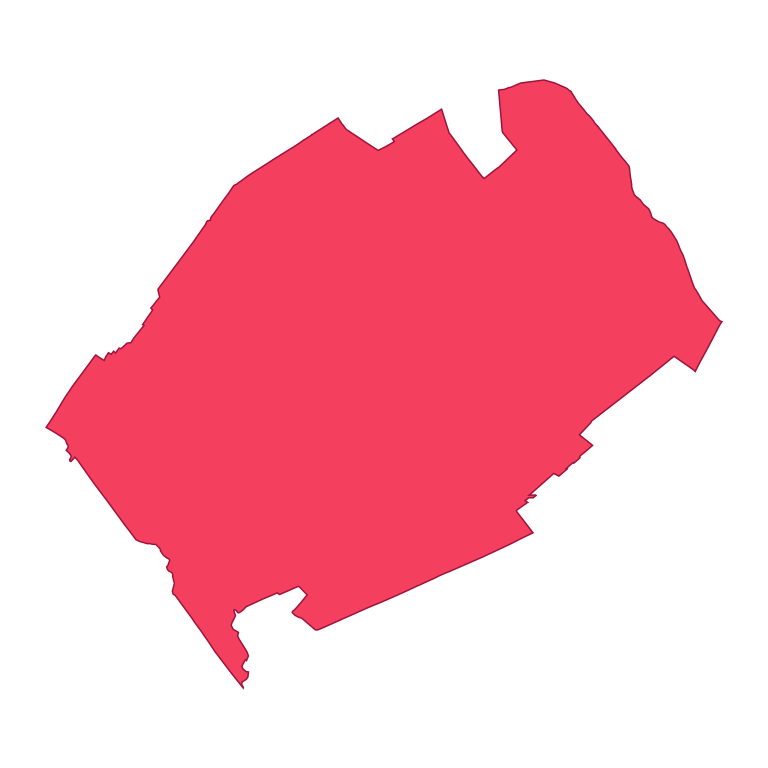 Mozaceni, Arges, Romania
{"feature_id": "2599482B69451862897521", "entity_name": "Mozaceni", "entity_type": "district", "adm_level": 2, "iso_a3": "ROU", "parent_name": "Romania", "parent_adm1": "Arges", "projection": "robinson", "projection_center": [25.183, 44.552], "detail": "fine", "context": "isolated", "style": "filled", "palette": "rose", "viewbox_px": 768, "rotation_deg": 0, "n_neighbors": 0, "source": "geoboundaries", "source_scale": "gbopen_adm2", "svg_char_len": 5745}
<svg xmlns="http://www.w3.org/2000/svg" viewBox="0 0 768 768"><path d="M243.2,688.0L243.3,687.4L242.5,685.9L241.7,684.5L241.9,683.2L242.1,682.0L244.3,680.6L246.4,679.3L247.9,677.0L248.5,672.0L245.9,671.5L242.9,668.8L241.9,666.1L243.6,663.0L245.3,659.8L246.5,660.6L247.5,658.2L248.4,655.9L247.1,652.1L243.0,645.4L239.5,639.8L238.9,638.8L237.6,635.8L238.5,632.4L233.3,629.4L231.2,625.5L231.8,623.2L233.8,619.2L235.5,615.6L233.9,611.0L234.2,609.7L235.9,610.1L237.6,612.4L238.2,612.8L239.0,612.7L240.8,611.7L243.7,609.3L246.0,606.8L262.6,599.1L272.2,595.1L277.4,592.8L279.0,594.3L279.5,594.5L285.1,592.1L288.4,590.7L293.5,588.4L298.1,586.4L298.6,586.5L299.4,586.9L307.2,594.9L303.5,599.4L301.6,601.7L297.2,606.9L294.7,609.6L293.0,611.0L292.4,611.7L292.2,612.2L292.4,612.7L295.0,615.3L298.5,617.2L301.9,618.3L315.3,629.8L316.7,630.0L317.6,629.9L320.5,628.8L328.6,625.2L338.3,620.9L339.7,620.3L342.1,619.1L347.5,616.8L366.2,608.4L368.1,607.6L369.5,607.0L372.8,605.6L375.3,604.6L376.8,604.0L379.8,602.8L388.5,599.0L405.2,591.6L416.1,586.5L435.3,577.8L439.6,575.6L446.1,572.8L448.0,572.1L471.8,561.7L482.0,557.3L510.2,544.1L522.0,538.1L533.0,532.8L516.7,511.6L516.6,511.0L516.4,510.6L516.8,510.2L517.1,509.9L525.0,504.2L525.5,504.0L527.4,502.5L527.7,502.4L525.7,501.1L525.0,500.7L528.7,497.8L531.7,497.8L533.0,497.9L536.1,495.4L535.6,495.0L532.8,495.1L531.6,495.1L529.1,495.2L532.7,492.1L546.7,479.7L553.0,474.1L553.8,473.5L555.8,474.5L557.3,475.3L558.9,476.1L567.0,469.1L567.2,468.9L566.2,468.6L566.8,468.1L567.9,467.1L569.1,466.0L570.9,464.4L573.1,462.6L573.8,463.2L579.2,458.6L580.0,457.7L579.8,456.8L579.6,456.4L581.8,454.5L583.0,453.6L588.3,449.1L591.2,446.6L592.5,445.5L592.6,445.4L587.8,441.5L581.5,436.5L579.4,434.8L579.6,434.6L590.8,422.7L591.8,420.8L618.7,400.0L642.5,381.5L650.4,375.4L673.5,356.7L674.1,356.3L677.1,358.4L685.7,364.4L693.9,370.1L694.3,370.7L695.2,371.5L700.2,361.7L704.7,353.5L709.2,345.2L717.2,329.8L720.0,324.5L721.3,322.6L721.9,321.6L721.5,321.5L721.1,321.4L720.3,321.0L719.7,320.6L719.1,320.1L718.9,319.9L703.7,302.5L703.3,302.3L703.0,301.9L702.8,301.6L702.6,301.2L702.3,301.0L701.5,299.8L701.1,299.0L700.5,297.9L699.5,296.1L698.9,294.9L697.0,291.8L696.4,290.7L696.2,290.3L695.5,289.6L695.2,289.2L694.3,287.5L694.2,287.1L694.0,286.8L693.6,285.9L693.3,285.1L693.1,284.6L693.0,284.3L687.5,268.3L686.6,266.2L685.7,263.0L684.6,259.5L682.6,254.1L681.4,252.0L680.0,249.0L678.7,245.5L676.9,241.1L674.5,237.1L670.9,231.4L669.5,230.0L669.5,229.7L669.4,229.5L666.7,226.8L665.1,224.7L663.4,223.3L661.6,222.7L659.5,222.1L657.9,221.3L653.6,218.7L652.1,217.5L651.5,216.1L651.1,214.3L650.4,212.4L649.5,210.3L648.6,208.7L647.2,207.5L643.8,204.8L641.8,202.2L640.3,200.0L638.5,198.5L638.3,198.3L635.8,196.4L634.0,194.3L633.6,192.6L632.3,189.6L631.7,186.8L631.6,184.0L631.2,181.5L630.8,179.1L630.3,175.8L629.8,171.9L629.6,168.9L629.2,166.9L628.9,166.1L625.4,161.5L622.6,158.4L619.0,153.7L617.7,151.9L615.5,149.1L615.7,148.9L613.3,145.9L609.8,141.4L606.0,136.7L602.5,132.2L600.1,129.3L598.8,127.5L596.3,124.7L594.4,122.6L593.6,121.1L591.3,118.1L588.5,115.0L587.2,114.1L585.6,112.0L583.4,109.2L580.6,105.9L579.2,104.1L578.5,103.5L577.8,102.3L576.2,100.0L572.3,93.6L572.1,93.4L571.3,92.4L571.2,91.9L571.3,91.7L569.2,90.3L566.7,88.3L554.4,82.9L544.0,80.0L529.3,81.9L520.7,83.0L510.5,87.4L508.8,87.6L504.3,89.4L498.6,90.1L502.2,131.0L502.8,132.7L511.3,143.2L516.9,150.1L513.3,153.5L505.2,161.2L498.3,167.8L497.8,167.8L494.1,170.6L484.2,178.5L483.5,177.9L482.1,176.5L481.1,175.4L472.9,164.7L472.0,163.6L467.9,158.5L464.0,153.3L460.9,148.9L458.5,145.6L450.6,134.8L449.0,132.7L448.1,129.7L446.8,125.8L441.6,109.2L441.4,109.3L436.3,112.5L430.9,115.9L427.6,118.0L417.3,123.9L412.2,127.0L403.5,132.3L401.0,133.8L395.2,137.3L392.4,138.9L394.3,141.7L385.0,147.0L378.1,150.4L367.5,143.5L357.0,136.5L351.8,133.1L346.6,129.6L345.9,129.0L342.7,124.7L342.3,124.5L338.1,118.0L337.2,118.5L334.5,120.3L332.1,121.8L328.1,124.3L325.9,125.8L323.2,127.5L317.4,131.2L312.4,134.4L312.1,134.4L311.7,134.5L311.5,135.1L309.4,136.5L305.8,138.8L303.5,140.2L297.5,144.4L292.2,147.8L291.0,148.5L283.1,153.4L273.3,159.5L269.4,162.1L267.2,163.5L259.9,168.2L251.3,173.6L248.9,175.2L244.9,178.1L240.5,181.4L238.6,182.6L237.3,183.8L233.7,185.6L228.6,193.2L222.3,201.7L218.8,206.7L215.2,211.8L210.9,217.4L210.6,218.9L210.4,220.3L209.6,220.3L207.6,220.8L206.6,221.8L205.7,224.2L192.8,242.7L175.0,266.5L162.4,283.3L158.0,289.2L158.1,290.7L158.9,293.9L159.7,297.1L150.9,308.1L152.6,310.1L147.9,316.9L142.6,324.6L144.0,325.4L133.7,338.2L131.8,341.3L131.0,342.7L127.1,343.1L121.1,348.7L119.1,348.1L115.6,353.0L113.7,351.2L111.1,354.3L109.8,353.5L108.5,352.7L105.8,356.7L105.4,357.5L105.0,358.6L104.2,360.5L103.3,359.9L98.4,356.9L95.9,355.0L95.7,355.2L95.3,355.4L85.4,368.8L82.4,372.9L72.5,386.2L68.4,392.4L65.5,396.6L62.0,402.3L56.4,411.7L49.8,422.0L46.1,427.4L55.2,432.7L63.8,438.2L64.0,438.7L65.0,439.2L65.4,440.0L66.2,441.9L66.7,443.5L68.0,445.4L68.2,446.8L67.5,448.4L66.2,450.3L68.8,452.7L70.7,455.0L71.1,456.6L70.8,457.5L70.2,458.7L69.6,459.9L70.2,461.3L71.0,461.4L74.9,457.2L77.7,460.3L84.0,469.3L94.5,484.1L107.8,501.7L112.7,508.4L120.8,519.5L124.8,525.0L129.8,531.4L135.9,539.6L139.5,541.4L147.4,543.7L149.5,543.6L152.9,544.3L156.1,544.5L158.4,547.0L159.6,548.4L160.3,549.3L160.5,551.0L163.5,555.3L167.1,558.1L168.8,558.8L169.7,560.3L169.0,562.3L167.9,565.4L166.6,566.9L167.4,569.3L168.0,570.2L168.9,571.1L170.4,571.7L171.9,572.8L172.4,573.6L172.7,574.5L172.7,577.1L173.1,577.7L173.5,580.1L174.4,583.3L173.0,588.6L173.0,589.2L172.3,591.1L172.9,593.2L173.2,594.1L173.9,594.7L175.1,595.2L181.9,604.5L189.7,615.2L192.8,619.4L194.1,621.6L201.1,631.1L203.6,634.8L206.6,639.1L208.7,642.1L214.9,651.5L231.0,672.7L243.2,688.0Z" fill="#f43f5e" stroke="#9f1239" stroke-width="1.5"/></svg>